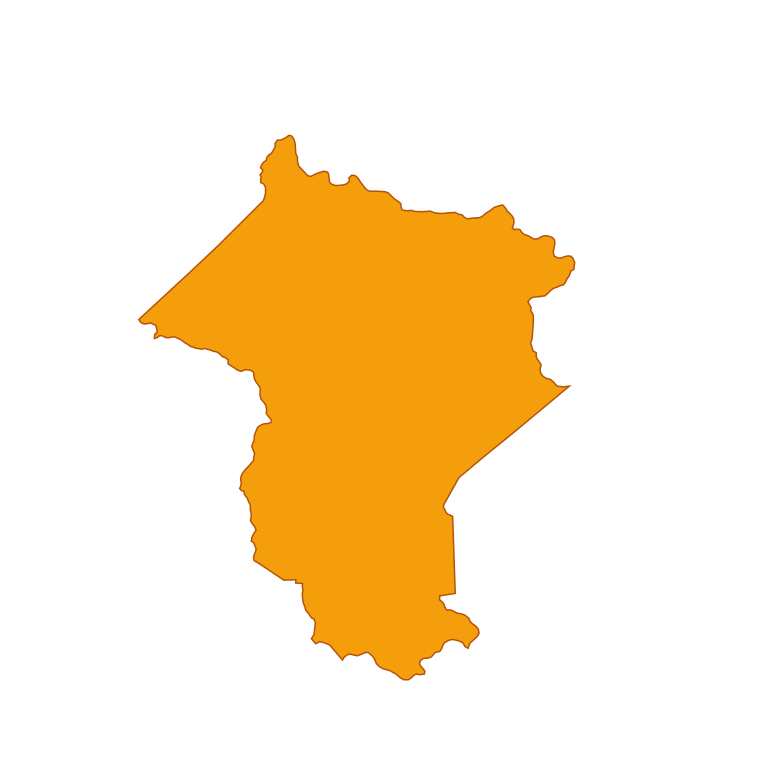 Santana, Bahia, Brazil (Natural Earth projection), rotated 228°
{"feature_id": "56859067B31339146866586", "entity_name": "Santana", "entity_type": "district", "adm_level": 2, "iso_a3": "BRA", "parent_name": "Brazil", "parent_adm1": "Bahia", "projection": "natural_earth1", "projection_center": [-43.941, -13.081], "detail": "fine", "context": "isolated", "style": "filled", "palette": "amber", "viewbox_px": 768, "rotation_deg": 228, "n_neighbors": 0, "source": "geoboundaries", "source_scale": "gbopen_adm2", "svg_char_len": 5115}
<svg xmlns="http://www.w3.org/2000/svg" viewBox="0 0 768 768"><g transform="rotate(228 384 384)"><path d="M138.6,290.0L142.4,290.2L146.6,289.3L149.9,289.0L152.8,290.2L155.8,289.9L159.0,289.1L162.1,287.2L164.9,284.9L168.7,283.6L171.7,282.2L174.1,279.4L177.9,280.0L180.0,281.2L182.9,281.5L186.3,280.9L189.3,283.7L180.7,296.8L237.4,344.5L239.7,346.4L242.0,345.6L244.8,344.1L247.8,344.4L250.2,345.2L252.6,345.7L254.4,347.8L255.4,350.8L256.4,353.9L264.3,377.1L263.0,413.1L261.2,448.0L258.4,520.3L261.8,515.3L264.4,513.2L266.2,511.4L268.8,511.2L271.7,511.3L275.0,511.0L277.9,509.8L279.9,508.1L283.6,507.3L287.4,507.8L290.4,509.7L293.2,513.7L297.1,514.3L299.6,514.5L302.6,515.5L305.2,518.1L308.7,517.0L312.0,518.4L316.3,520.3L318.4,524.2L330.1,536.4L332.3,538.4L335.4,541.1L337.9,541.7L340.6,542.3L342.3,544.5L346.4,545.4L349.0,546.2L349.5,550.1L348.6,553.2L346.8,555.5L344.4,558.7L341.8,562.7L341.7,566.4L342.1,570.2L341.7,574.0L340.2,577.4L339.2,580.6L337.5,583.9L338.5,587.6L339.8,590.5L340.2,593.2L341.3,595.6L342.9,598.8L342.2,602.0L344.4,604.2L346.6,607.0L350.8,608.5L353.6,608.5L355.8,606.8L357.6,603.8L359.2,599.7L361.5,597.5L365.3,596.1L368.6,597.9L370.8,600.6L372.7,603.3L375.0,605.9L377.5,607.2L379.8,607.2L383.0,605.7L385.6,603.8L387.2,601.9L388.3,598.8L389.2,595.1L391.6,592.2L394.2,591.5L398.1,590.1L401.4,588.2L404.2,587.9L407.7,588.3L410.0,586.6L411.4,584.2L414.3,584.0L416.6,588.3L420.0,590.9L423.1,591.6L425.5,591.6L429.8,591.3L433.4,592.0L437.7,592.0L439.9,587.8L441.5,584.0L441.8,579.1L442.7,573.9L442.9,568.6L444.1,565.7L445.8,563.6L448.3,560.4L451.1,556.2L454.1,555.3L457.7,555.2L459.7,553.3L464.0,551.6L466.7,548.2L468.5,545.8L470.7,542.7L473.7,539.3L476.8,536.6L479.0,535.3L481.8,533.8L483.9,530.9L485.9,528.4L488.7,525.3L491.6,522.4L494.7,520.6L496.6,518.0L498.5,515.9L501.4,514.0L504.2,515.1L506.8,517.2L509.8,516.8L514.6,515.6L518.2,515.3L520.6,515.3L523.6,514.9L526.7,513.1L529.5,510.1L531.4,508.4L533.8,505.7L536.5,502.7L538.8,501.4L541.3,501.0L544.7,501.2L548.7,501.5L551.3,501.9L554.6,502.4L558.1,502.0L560.8,499.7L560.6,495.9L558.0,494.1L557.7,490.2L559.1,487.1L561.3,484.0L564.0,480.7L567.4,478.8L570.6,478.7L573.4,480.7L576.6,483.0L579.3,483.9L582.4,481.6L584.4,477.4L586.0,473.2L587.2,468.6L589.4,466.9L592.1,466.6L594.8,466.6L598.4,466.5L603.2,466.4L607.0,468.5L610.5,471.4L614.6,472.8L617.2,475.0L620.9,477.9L623.6,479.7L626.9,481.0L630.3,481.3L632.4,479.8L632.7,476.6L633.3,473.9L634.4,470.3L636.6,467.9L635.6,463.9L633.2,462.2L632.4,459.6L631.4,457.2L630.8,454.5L631.3,451.4L630.6,448.2L629.0,446.1L629.4,443.3L628.9,440.1L627.4,437.0L624.0,437.1L622.7,434.7L622.4,431.9L619.9,431.1L618.1,428.8L616.1,427.2L613.1,428.5L609.0,427.3L606.8,425.2L604.8,423.3L602.9,420.5L601.0,417.1L597.8,353.2L597.0,317.4L596.9,313.5L596.0,244.9L592.5,244.4L589.0,245.9L587.0,248.8L585.5,251.5L582.7,252.4L580.4,253.8L577.8,252.4L574.4,250.3L574.2,246.6L571.4,243.8L570.2,246.6L570.0,249.8L567.8,251.7L564.6,252.8L562.4,255.0L560.9,257.8L559.0,260.1L556.8,260.9L554.1,262.2L550.9,263.1L548.3,263.5L543.8,264.9L541.3,265.3L539.1,267.0L536.4,268.1L534.1,270.2L532.1,271.6L530.2,274.7L527.9,276.0L525.9,277.4L522.2,279.3L519.7,281.2L516.7,282.1L512.4,282.2L509.6,283.7L506.5,284.4L503.1,281.6L500.4,282.4L495.6,283.7L492.5,284.4L489.1,286.2L487.3,290.8L484.9,292.9L482.6,294.4L479.9,294.9L476.7,292.5L473.7,290.9L470.8,290.2L467.1,289.9L464.0,289.4L461.2,286.9L459.1,284.7L455.1,282.5L450.7,282.4L447.1,281.9L443.6,279.7L440.8,276.7L436.2,276.3L432.4,276.2L431.0,274.0L432.4,271.2L434.8,268.0L435.8,265.3L436.4,261.3L434.3,256.6L432.4,253.2L429.1,249.7L426.3,244.1L422.5,242.5L418.9,241.3L417.0,238.6L414.4,235.7L413.9,231.7L413.5,228.2L413.2,224.2L412.6,219.8L411.2,216.3L409.1,213.6L406.3,212.0L404.2,209.6L402.9,206.8L400.2,206.7L398.1,208.2L395.6,206.5L392.8,206.1L390.5,206.1L387.1,204.5L384.1,203.9L382.0,202.4L380.1,200.5L377.1,199.0L374.3,196.6L371.9,193.4L368.2,192.6L364.2,192.4L361.0,191.1L359.8,186.5L358.3,183.2L356.1,180.2L353.3,181.0L350.0,179.7L347.0,178.6L345.3,176.2L343.9,173.1L342.2,170.8L339.7,169.3L335.6,170.6L332.2,171.5L307.7,177.7L305.3,178.3L297.5,187.5L295.2,185.2L290.3,190.0L287.9,187.5L284.7,185.7L283.0,183.1L280.5,181.1L277.9,179.3L275.1,177.4L271.6,176.3L268.6,174.6L263.8,174.3L261.4,174.0L258.6,173.7L256.0,174.6L252.5,173.3L249.3,169.6L246.9,166.9L244.5,164.1L243.3,159.6L236.7,159.5L235.6,163.7L231.8,166.4L229.0,167.8L226.5,169.0L206.6,168.5L207.7,171.5L207.2,176.3L204.7,179.1L202.4,180.4L199.8,182.5L198.4,186.1L196.8,190.8L194.9,192.6L192.1,193.0L189.5,193.3L186.7,193.0L183.9,192.2L181.3,191.2L177.1,191.5L172.6,193.0L170.3,194.6L166.8,196.7L163.3,197.8L160.0,199.0L154.8,199.5L151.1,200.7L147.9,204.2L147.3,207.9L147.7,211.0L146.8,213.9L144.0,216.1L141.5,219.8L142.9,222.0L145.2,222.5L149.9,222.5L152.6,223.4L154.0,225.8L153.9,228.9L152.6,231.3L150.9,233.1L149.5,236.7L150.3,242.1L147.9,246.6L149.1,250.7L150.6,253.0L151.3,256.1L150.1,260.9L148.2,264.1L145.7,265.9L143.2,267.6L140.9,268.7L138.3,269.4L134.8,268.5L131.4,269.6L132.6,272.0L133.9,274.8L133.9,279.0L133.9,284.0L135.0,287.7L138.6,290.0Z" fill="#f59e0b" stroke="#b45309" stroke-width="1.5"/></g></svg>